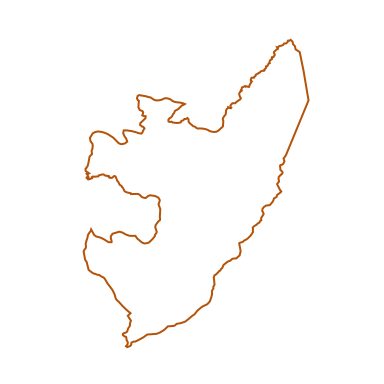 Santo Domingo Tepuxtepec, Oaxaca, Mexico, rotated 275°
{"feature_id": "50627088B60022812235363", "entity_name": "Santo Domingo Tepuxtepec", "entity_type": "district", "adm_level": 2, "iso_a3": "MEX", "parent_name": "Mexico", "parent_adm1": "Oaxaca", "projection": "natural_earth1", "projection_center": [-96.068, 16.934], "detail": "fine", "context": "isolated", "style": "outline", "palette": "amber", "viewbox_px": 384, "rotation_deg": 275, "n_neighbors": 0, "source": "geoboundaries", "source_scale": "gbopen_adm2", "svg_char_len": 6036}
<svg xmlns="http://www.w3.org/2000/svg" viewBox="0 0 384 384"><g transform="rotate(275 192 192)"><path d="M32.6,139.7L31.8,141.1L33.2,143.8L34.2,144.6L36.7,144.8L37.9,146.9L38.0,148.5L39.3,150.7L42.8,156.0L46.1,159.8L47.6,169.0L49.1,172.1L52.3,176.5L56.0,179.6L57.1,185.8L57.6,186.6L59.3,188.2L60.4,192.2L62.2,196.4L64.1,198.5L68.6,203.0L70.1,204.9L71.1,205.7L74.0,207.5L77.8,211.2L79.2,213.0L81.3,216.6L81.9,217.3L84.6,219.3L88.4,220.3L92.0,220.9L95.0,220.5L96.2,220.9L97.6,221.7L99.4,221.5L101.6,222.5L106.9,221.6L108.5,221.1L111.0,221.7L111.7,222.8L113.8,224.7L115.6,226.0L116.3,227.0L117.7,227.6L119.1,228.8L121.8,229.7L122.4,230.1L125.6,233.5L126.6,235.1L126.8,236.0L128.7,237.7L129.2,238.7L129.8,242.1L131.1,243.1L133.0,245.0L135.4,245.3L136.2,245.6L138.2,245.4L144.8,243.5L145.4,243.7L146.5,246.4L147.2,247.4L148.1,248.1L149.5,250.3L150.7,251.7L153.7,254.2L157.5,256.3L159.1,255.9L160.4,256.0L161.9,255.6L163.5,257.0L165.2,259.4L166.3,260.1L167.5,261.9L168.8,262.2L169.3,262.6L169.8,263.5L171.5,263.2L172.4,263.3L176.3,265.3L178.0,264.6L179.2,263.6L181.3,263.7L183.3,264.9L185.0,267.1L185.7,270.6L189.0,273.0L190.7,273.8L192.7,274.2L194.5,276.7L196.4,277.0L199.0,279.9L200.2,280.9L200.8,280.6L201.0,280.0L206.8,276.3L207.5,276.1L210.0,277.8L212.9,277.0L214.4,277.1L215.8,278.0L216.3,278.7L217.0,278.9L217.4,279.6L218.2,280.3L218.9,280.5L219.4,280.5L220.3,280.0L221.6,278.2L226.0,277.4L226.5,277.8L227.1,279.4L228.1,280.5L230.6,281.4L233.3,280.3L236.3,282.1L238.2,282.8L293.4,300.1L322.3,292.6L340.8,287.1L343.1,282.8L346.2,281.8L348.1,279.8L350.6,279.0L352.2,277.0L351.2,276.0L351.3,274.6L350.7,274.2L349.7,274.2L348.2,272.8L348.0,270.8L346.6,270.1L345.5,268.2L344.9,266.1L344.5,265.6L343.2,265.2L343.5,264.2L342.0,265.0L341.3,263.9L338.7,261.5L337.8,261.4L336.4,262.4L335.2,262.4L334.3,261.6L333.6,261.4L333.2,259.8L332.6,259.7L331.7,260.2L330.8,259.5L330.5,258.6L329.7,258.2L328.2,257.9L327.1,258.2L326.8,257.2L324.0,256.1L323.6,254.8L322.1,254.9L320.3,253.4L319.6,253.7L319.1,253.3L318.8,251.4L318.3,250.3L317.6,249.5L317.0,249.2L316.7,248.9L316.5,248.1L315.9,247.6L314.7,245.8L314.3,245.3L313.2,245.2L312.4,244.1L311.7,244.1L311.2,243.7L311.1,241.5L310.8,241.2L308.6,240.7L307.6,241.8L307.3,241.2L306.8,241.1L306.4,241.4L303.4,240.0L301.8,239.8L301.6,239.2L301.7,238.4L302.0,237.4L302.0,236.6L301.6,236.2L302.1,235.7L300.7,233.0L300.3,232.6L298.8,232.5L297.6,231.7L297.4,231.8L297.2,232.6L296.8,232.4L295.9,231.2L294.8,230.6L293.4,230.5L290.8,231.6L290.2,232.3L289.8,232.5L288.5,232.0L286.5,229.4L284.1,227.1L284.1,225.2L283.6,224.2L281.6,222.8L280.7,222.9L279.8,223.2L279.4,223.8L278.9,223.5L279.1,223.0L278.9,222.3L279.6,220.6L278.8,220.6L277.8,219.4L276.3,218.9L272.6,218.8L271.7,218.5L270.4,217.5L268.3,216.4L266.7,216.4L265.6,217.0L260.0,217.1L255.3,212.8L254.0,210.7L253.7,208.1L253.9,206.2L254.4,203.9L255.1,202.6L255.6,201.1L256.1,197.5L256.0,193.9L255.7,192.2L256.1,190.9L257.3,189.3L257.7,187.4L260.3,183.8L261.7,182.5L264.1,182.2L265.3,181.0L264.2,179.5L264.1,178.1L263.7,177.7L263.0,177.4L262.4,176.6L262.0,175.3L260.5,174.8L259.7,172.9L259.7,171.7L259.4,171.2L259.5,167.8L259.6,166.5L260.3,165.5L259.9,164.5L259.9,163.2L260.3,162.4L261.9,162.2L263.2,162.9L264.6,164.7L265.7,165.5L268.0,166.4L268.9,167.2L271.2,167.9L272.0,168.9L272.9,170.4L273.8,171.4L277.5,174.6L278.0,175.9L279.0,177.2L279.5,175.7L280.0,172.6L280.1,168.4L280.4,166.5L281.0,164.6L282.4,162.5L283.0,160.2L283.2,158.1L282.9,156.5L281.2,153.5L280.4,150.8L280.1,148.3L280.5,146.2L282.6,142.5L282.8,139.7L283.2,138.8L283.4,137.4L283.9,130.9L283.0,129.5L280.4,129.0L278.7,130.2L278.3,131.1L271.8,131.2L269.2,132.7L268.2,135.7L267.1,136.4L265.9,136.3L264.0,135.8L263.4,137.7L263.5,139.2L261.4,139.2L256.1,134.5L254.3,134.4L252.8,136.6L252.7,137.7L251.3,139.1L248.5,137.8L247.4,137.6L245.8,136.6L245.9,134.1L246.9,129.9L247.4,126.5L247.7,121.5L247.4,118.6L244.6,118.3L241.5,120.0L239.6,121.7L236.5,123.1L234.6,121.0L234.0,119.5L233.5,117.5L233.7,116.1L234.4,114.5L239.3,108.8L242.3,103.1L243.3,100.1L244.0,96.8L244.1,92.8L243.2,90.2L241.9,88.1L237.0,85.6L233.7,86.5L231.3,88.6L229.6,89.1L226.1,89.0L224.1,88.4L221.1,89.1L218.4,86.9L212.0,86.3L209.1,85.8L208.3,85.6L207.4,84.8L206.8,84.8L205.9,83.9L203.7,84.2L202.6,85.9L202.5,86.5L202.1,86.7L201.6,87.9L201.3,87.5L201.2,85.8L200.9,85.4L200.0,86.4L199.4,86.8L198.8,86.9L197.0,85.7L196.7,86.0L196.8,86.3L197.6,87.4L197.6,87.7L197.0,87.8L195.9,87.1L195.6,87.2L195.5,87.5L195.6,88.2L197.1,91.4L197.4,91.5L198.1,91.0L198.7,91.6L198.8,93.8L199.4,97.3L200.3,97.6L200.6,98.1L201.8,101.6L201.7,102.6L200.8,104.0L200.8,105.8L200.4,106.2L200.7,107.5L200.4,108.2L199.9,108.4L199.6,108.0L199.1,108.4L199.0,109.2L199.0,110.4L199.3,111.2L199.9,112.0L200.8,112.5L201.2,113.7L200.3,114.8L196.4,116.7L196.0,117.3L195.4,117.8L192.9,119.3L191.9,121.3L190.8,121.9L190.3,122.7L187.0,124.7L186.6,125.3L185.9,127.3L185.4,131.1L184.6,131.4L185.4,138.4L184.6,140.2L182.6,142.5L182.0,144.8L182.0,146.4L184.3,148.8L185.1,150.6L184.8,155.6L183.5,158.9L182.2,160.0L181.0,160.6L179.8,160.5L176.8,159.7L172.2,161.9L164.3,162.1L163.1,162.5L161.2,162.5L159.6,160.9L155.7,158.6L153.5,158.5L149.4,160.3L148.2,160.2L146.0,158.8L144.7,158.8L141.7,156.8L137.9,153.5L137.1,151.4L136.6,149.5L136.8,148.0L137.5,146.3L140.8,141.6L143.4,139.4L143.0,135.6L143.0,133.2L143.9,129.8L145.6,126.1L146.1,123.0L143.5,116.5L140.8,115.0L139.2,115.1L136.0,116.2L135.0,116.2L134.7,113.3L137.1,108.6L138.6,104.9L139.4,100.3L140.7,98.3L145.9,94.8L144.4,94.5L141.3,92.6L139.6,92.0L137.7,91.9L133.8,91.0L130.9,90.6L128.0,91.2L126.6,90.9L125.6,90.1L123.4,89.2L115.3,91.4L113.0,93.2L105.4,95.8L103.1,99.3L102.1,101.5L102.0,102.8L101.3,104.8L101.3,106.7L99.8,109.3L99.1,111.5L97.5,113.0L93.7,115.7L87.6,121.2L83.5,123.7L79.1,125.4L77.6,126.7L76.3,128.6L72.5,132.6L69.0,136.9L65.9,141.3L63.1,138.8L58.4,142.4L56.4,141.8L54.8,141.6L53.8,141.9L52.5,141.4L50.6,140.3L47.4,139.6L46.4,138.7L45.5,136.6L44.7,135.6L43.4,135.7L42.3,137.3L42.0,138.9L40.3,139.5L38.6,139.8L37.4,140.8L36.3,141.2L34.5,141.0L32.6,139.7Z" fill="none" stroke="#b45309" stroke-width="2"/></g></svg>